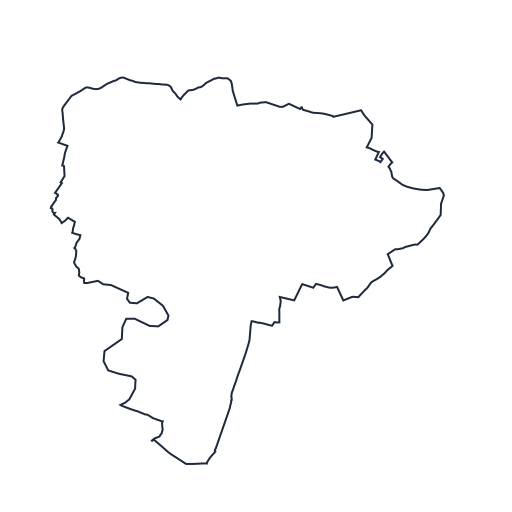 Santimbru, Alba, Romania, rotated 171°
{"feature_id": "2599482B84264195249861", "entity_name": "Santimbru", "entity_type": "district", "adm_level": 2, "iso_a3": "ROU", "parent_name": "Romania", "parent_adm1": "Alba", "projection": "natural_earth1", "projection_center": [23.665, 46.133], "detail": "fine", "context": "isolated", "style": "outline", "palette": "slate", "viewbox_px": 512, "rotation_deg": 171, "n_neighbors": 0, "source": "geoboundaries", "source_scale": "gbopen_adm2", "svg_char_len": 4955}
<svg xmlns="http://www.w3.org/2000/svg" viewBox="0 0 512 512"><g transform="rotate(171 256 256)"><path d="M363.6,452.8L365.3,452.0L367.2,451.3L368.8,451.2L375.6,449.5L378.2,448.5L382.7,446.4L384.2,445.9L386.3,445.7L388.3,445.9L390.9,446.7L392.5,447.5L395.7,448.8L397.2,449.0L398.3,448.8L403.6,446.4L409.4,444.3L412.7,443.2L413.4,442.8L422.1,434.4L423.2,433.3L424.3,431.6L424.7,429.7L424.6,428.1L425.2,420.5L425.5,413.2L425.7,411.4L426.7,409.0L429.4,404.1L432.9,399.6L433.6,399.0L425.0,394.3L428.3,388.2L429.4,385.4L429.6,384.4L433.2,375.7L431.7,375.0L431.6,374.3L432.6,364.9L437.5,359.3L436.3,358.4L444.6,349.8L442.2,347.7L442.0,347.2L442.3,346.8L442.2,346.7L442.5,346.0L444.4,344.6L444.8,342.7L445.7,341.8L449.4,338.0L449.6,337.4L450.5,337.1L451.1,335.4L450.3,335.1L450.2,334.5L449.6,334.0L450.1,332.6L450.0,331.3L449.0,330.1L447.8,330.0L449.1,328.5L444.6,323.4L443.3,320.5L442.8,318.9L438.9,320.8L435.7,323.2L429.6,318.1L431.1,314.3L432.2,312.2L433.4,308.4L433.9,307.7L430.0,305.6L426.2,304.1L427.6,300.7L428.8,299.4L431.1,297.3L431.8,295.8L432.8,293.9L433.4,292.7L434.1,292.3L433.4,291.5L432.7,289.0L434.1,283.4L435.2,281.0L436.6,278.5L436.5,277.2L435.1,273.5L433.1,271.3L433.1,267.4L434.0,264.6L433.7,263.8L431.0,261.5L429.3,260.8L429.2,260.4L429.9,258.3L429.8,256.2L427.1,255.7L416.0,256.2L411.3,252.0L403.8,250.0L388.0,239.6L390.1,233.9L387.9,229.6L381.0,227.9L369.5,232.5L363.6,230.0L355.7,221.4L351.8,210.8L353.5,206.6L363.5,201.8L372.0,203.6L385.6,213.0L394.0,214.3L399.1,206.5L401.5,195.0L420.5,185.8L423.0,175.9L419.8,166.1L409.8,161.1L397.7,156.6L394.3,152.6L395.5,147.3L395.8,145.7L396.2,143.9L401.1,137.4L403.5,134.3L408.3,131.5L410.8,130.8L413.2,130.1L412.9,129.8L411.2,128.6L404.0,124.5L401.7,123.3L399.4,122.1L397.0,121.0L393.5,118.8L390.2,116.8L388.7,116.6L387.8,115.9L386.1,114.6L384.6,113.3L383.2,112.0L374.4,107.2L374.1,107.2L375.0,105.5L375.1,104.1L375.4,99.0L377.1,95.3L378.5,94.3L379.3,93.1L379.9,92.7L384.5,91.7L386.1,90.9L387.7,90.0L387.5,89.7L385.6,90.6L383.4,88.0L381.1,85.3L379.1,82.9L373.2,75.8L369.3,72.0L366.4,69.5L357.8,61.7L357.4,61.5L349.4,60.3L342.9,59.6L342.3,59.6L337.0,58.8L337.0,59.3L336.7,59.8L333.4,63.6L332.3,64.6L331.1,65.6L329.1,67.2L326.7,69.2L327.1,70.1L327.0,70.8L325.9,72.1L308.7,104.2L305.8,109.6L304.2,113.8L303.6,114.8L303.0,117.5L302.5,117.6L302.2,120.4L302.5,121.0L301.1,125.1L299.6,127.6L297.7,131.3L295.2,135.8L293.0,140.2L289.6,146.3L281.5,161.4L277.4,169.8L275.5,174.2L272.1,188.2L270.5,192.3L268.6,191.7L264.2,189.7L264.0,189.9L259.7,188.4L255.7,186.6L251.1,184.6L248.1,187.8L247.8,187.7L245.4,187.0L243.3,186.8L242.7,190.8L241.8,196.3L241.4,199.7L240.0,202.9L239.0,206.3L238.6,207.6L238.9,211.8L225.2,206.2L221.9,210.9L218.0,216.5L214.8,221.0L205.5,216.3L204.4,215.7L201.1,219.0L198.5,218.0L195.7,216.7L193.0,215.1L191.1,214.5L190.3,214.0L188.8,213.4L186.4,212.8L184.0,212.6L180.8,212.8L176.7,198.4L167.5,200.6L165.8,200.4L161.5,199.3L153.8,205.2L150.9,207.2L146.7,211.6L144.3,212.9L141.3,213.9L136.9,215.7L132.0,218.7L130.3,220.0L128.6,221.4L122.7,224.9L124.4,232.0L125.6,237.2L117.4,240.9L115.1,240.5L109.8,240.7L106.6,241.7L105.2,241.7L104.5,241.8L102.9,242.0L101.4,242.1L99.8,242.3L96.7,242.4L95.1,242.0L94.4,242.1L92.0,243.8L88.3,246.3L84.9,249.0L82.0,251.9L80.9,253.5L79.4,255.8L77.8,257.2L75.9,259.0L75.7,259.2L72.2,262.6L67.2,267.6L65.0,278.8L62.9,282.7L60.9,286.6L61.0,287.2L61.2,287.8L61.2,289.0L64.0,294.5L65.1,294.4L76.8,294.4L83.5,295.9L90.5,298.3L96.4,301.0L100.2,303.4L105.0,308.2L108.2,311.1L108.9,312.5L109.1,313.4L109.2,318.2L109.3,318.5L109.7,319.2L110.0,321.2L111.2,323.5L108.3,326.2L106.8,327.1L113.2,339.1L114.4,338.2L114.8,337.8L115.1,337.5L116.0,336.6L117.1,335.4L118.0,334.2L115.7,332.2L115.8,331.7L117.3,330.5L118.4,329.3L119.7,330.5L123.1,332.6L118.4,339.5L118.7,339.6L119.3,339.8L120.7,340.5L124.5,342.9L124.8,343.2L125.4,343.6L126.2,344.3L127.4,344.9L129.6,346.0L123.4,354.5L122.4,358.9L120.5,367.6L125.5,375.6L127.1,378.2L129.4,383.5L146.4,382.2L157.9,381.4L158.1,382.0L158.6,382.4L166.1,385.7L169.2,386.7L173.7,387.8L176.8,388.4L179.2,389.4L180.5,390.2L184.2,391.9L186.7,393.1L187.2,394.1L187.4,395.6L187.9,395.8L189.5,394.3L199.7,401.2L206.3,399.1L209.3,399.7L222.1,406.4L228.2,406.8L230.6,406.3L237.6,407.4L244.6,407.7L250.9,407.5L253.0,421.8L253.1,423.1L253.0,426.9L253.0,429.8L253.5,433.0L255.4,435.0L256.1,435.7L256.8,436.1L258.3,436.3L261.1,436.7L262.9,437.3L264.6,437.9L265.5,438.0L268.4,437.5L269.1,437.8L272.6,436.6L276.6,435.3L279.0,434.3L280.9,432.9L282.6,432.0L284.5,431.4L286.6,431.5L289.0,430.6L292.1,429.9L296.9,430.1L302.8,425.8L304.7,424.0L305.5,423.0L305.7,422.6L306.0,422.4L307.5,424.3L308.1,424.8L309.1,426.6L310.0,428.7L312.4,432.1L313.8,436.6L315.7,438.3L316.5,438.8L318.3,439.4L319.8,439.6L323.0,440.4L325.2,441.1L326.7,441.3L331.7,442.5L333.9,443.2L337.8,443.9L340.7,444.7L342.4,445.0L345.3,445.9L347.7,446.6L350.5,448.3L353.3,449.5L358.7,452.8L360.1,453.2L361.7,453.2L363.6,452.8Z" fill="none" stroke="#1e293b" stroke-width="2"/></g></svg>